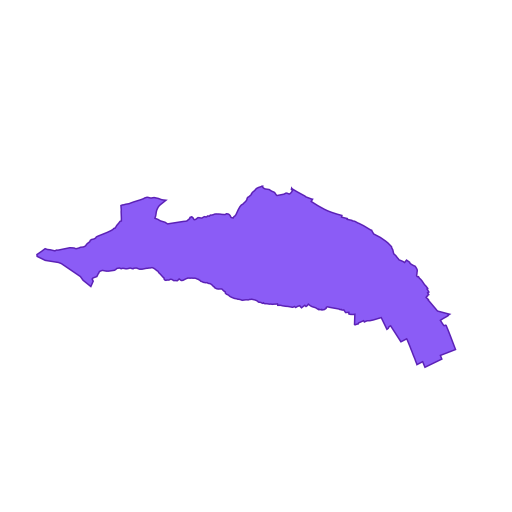 the district of Racu, Harghita, Romania, rotated 12°
{"feature_id": "2599482B90471627736473", "entity_name": "Racu", "entity_type": "district", "adm_level": 2, "iso_a3": "ROU", "parent_name": "Romania", "parent_adm1": "Harghita", "projection": "orthographic", "projection_center": [25.705, 46.459], "detail": "fine", "context": "isolated", "style": "filled", "palette": "violet", "viewbox_px": 512, "rotation_deg": 12, "n_neighbors": 0, "source": "geoboundaries", "source_scale": "gbopen_adm2", "svg_char_len": 6089}
<svg xmlns="http://www.w3.org/2000/svg" viewBox="0 0 512 512"><g transform="rotate(12 256 256)"><path d="M100.8,320.2L102.0,314.4L101.3,313.8L101.1,313.2L100.5,312.6L101.2,311.3L104.6,309.2L105.3,306.4L105.8,305.3L105.8,304.5L106.6,303.3L108.7,302.0L112.7,301.9L114.8,301.5L118.9,300.0L120.5,299.4L121.5,298.5L122.5,297.1L124.9,296.1L126.8,296.5L127.6,295.9L129.1,295.6L131.0,295.6L132.2,295.4L133.7,294.8L134.5,294.3L135.6,293.9L137.3,294.1L138.4,294.1L138.5,293.7L139.8,293.1L141.6,292.6L144.9,293.1L147.5,292.5L151.4,290.8L152.7,290.5L153.7,290.0L154.8,289.8L156.6,289.0L157.3,289.0L158.6,289.3L159.7,289.7L162.2,291.0L163.0,291.1L164.6,292.7L166.0,293.5L169.4,296.0L170.5,296.5L171.0,297.8L172.2,298.6L173.1,298.5L174.0,297.9L174.9,297.9L176.2,297.4L176.9,296.6L178.6,296.4L180.7,297.2L182.2,296.8L184.1,296.6L185.1,295.3L185.6,294.4L187.7,295.4L188.1,295.5L189.6,295.0L192.3,292.8L194.0,291.7L196.5,291.3L197.4,291.0L199.6,290.7L200.6,290.4L201.9,290.4L203.5,290.8L204.5,290.8L205.4,291.3L206.3,291.5L207.3,292.2L208.6,292.3L209.9,292.7L212.5,292.6L213.7,292.2L214.9,292.7L217.2,292.6L219.4,293.7L220.7,294.7L221.6,294.9L222.1,295.6L224.2,296.2L225.8,296.2L229.0,295.4L229.9,295.6L230.2,295.9L231.9,297.0L232.3,297.0L233.5,297.6L233.6,298.5L235.0,299.5L236.2,299.7L237.5,300.1L238.4,300.7L239.3,301.1L240.9,301.5L243.7,302.0L246.0,301.9L247.4,302.1L248.0,301.9L249.8,301.9L251.7,302.2L255.3,300.9L257.7,300.5L259.0,299.7L259.8,299.6L260.9,299.1L261.4,299.2L264.1,299.2L265.7,299.5L267.0,299.9L267.8,300.5L268.2,300.6L270.3,300.4L271.6,300.8L272.4,300.9L273.1,300.3L273.3,300.6L274.2,300.8L275.2,300.7L276.4,300.4L279.2,300.3L280.6,299.9L281.9,299.9L284.2,299.2L285.2,299.0L287.0,298.4L287.5,299.7L290.4,299.1L292.2,299.2L295.6,299.0L297.6,298.7L300.2,298.6L302.3,298.6L302.8,298.4L304.1,297.4L305.5,298.1L307.2,296.6L309.1,295.5L309.9,296.3L311.3,297.2L312.1,296.2L314.0,294.1L315.4,295.0L316.2,294.2L316.7,293.4L317.2,292.2L319.6,293.4L321.5,293.9L325.0,294.2L328.3,295.4L328.5,294.9L329.6,295.3L331.4,294.6L331.7,295.1L334.0,294.2L335.5,292.6L335.4,291.7L336.5,290.8L338.9,290.9L348.1,290.6L349.5,291.0L350.3,290.5L351.3,291.0L352.4,290.8L353.1,290.5L355.4,292.7L358.5,291.8L358.9,293.4L360.4,293.5L363.3,293.0L364.8,292.4L366.6,302.5L367.0,302.7L367.8,302.5L368.2,302.0L370.1,301.2L370.2,300.2L374.7,296.9L375.7,298.0L378.0,296.3L380.9,295.6L384.0,294.2L391.3,290.2L399.3,300.5L400.4,299.2L400.8,297.7L401.1,297.2L402.2,296.3L415.6,309.8L420.6,305.7L421.3,306.5L425.6,312.8L427.2,315.3L428.0,316.4L430.3,320.0L433.3,324.4L433.7,325.2L435.6,328.0L436.0,328.8L441.0,324.7L444.4,329.7L459.2,318.2L457.0,314.9L470.6,306.0L463.0,294.2L459.7,289.2L456.4,284.4L456.0,284.3L455.7,284.3L454.9,284.9L454.3,285.0L453.4,284.3L449.7,280.6L452.0,278.3L455.1,275.6L456.3,274.4L456.1,274.1L457.5,272.7L445.1,272.1L444.0,271.4L442.7,270.3L433.5,263.2L433.7,262.8L432.0,261.8L431.5,261.6L431.0,261.1L431.3,260.5L431.3,260.0L432.1,259.5L432.1,259.0L432.3,258.5L433.0,257.9L431.5,256.3L432.6,255.3L430.2,252.8L430.8,252.2L430.6,251.9L428.5,250.1L427.1,249.2L426.4,248.6L423.4,245.7L421.8,244.5L420.7,243.9L420.1,243.4L419.2,242.4L418.4,242.7L418.1,242.7L417.3,242.0L417.1,241.4L417.1,239.9L416.9,239.0L416.9,238.0L416.7,236.5L416.4,235.8L415.8,235.0L415.0,234.1L414.0,233.1L413.4,232.8L412.4,232.7L409.8,231.9L408.5,231.3L408.0,230.9L407.6,230.2L404.1,228.7L402.7,231.5L400.9,230.8L397.8,230.2L397.3,230.2L396.6,229.9L395.6,229.0L394.6,228.3L392.7,226.6L390.3,225.2L390.0,224.7L388.5,221.5L387.2,220.0L386.6,218.7L382.3,215.8L379.5,214.4L373.8,212.0L366.6,210.0L364.7,208.0L363.7,206.7L363.0,206.8L354.9,204.0L349.6,202.6L348.9,202.6L347.1,202.0L345.7,201.6L345.0,201.5L343.4,201.6L342.6,201.5L342.4,201.2L337.5,201.2L337.5,200.4L331.6,200.2L331.6,198.5L326.6,198.2L320.9,197.6L316.6,196.9L313.2,196.1L306.0,193.9L298.7,191.2L299.5,188.7L298.4,188.7L292.4,187.8L291.4,187.2L283.0,184.7L278.0,183.0L277.1,182.6L276.8,182.3L276.8,183.6L278.2,184.1L277.4,186.3L276.5,187.8L275.6,188.5L273.2,188.1L272.3,188.2L270.5,189.7L264.2,192.4L263.6,192.4L262.6,191.6L261.2,190.2L260.4,189.8L257.8,189.3L255.9,188.6L255.4,188.3L254.3,188.3L250.9,188.5L249.5,188.1L248.4,187.5L248.1,186.9L248.1,186.3L247.3,186.4L247.1,186.8L244.1,188.5L242.5,189.8L241.8,190.8L241.2,192.1L239.3,194.5L239.2,194.8L238.6,196.0L238.7,196.3L238.7,196.8L236.8,199.4L235.6,200.5L235.3,201.8L235.4,202.7L234.5,204.9L233.7,205.9L232.3,208.1L231.1,209.1L230.0,211.2L229.0,214.4L227.8,219.7L227.1,221.2L226.3,222.0L225.7,223.6L223.8,223.5L223.4,223.3L222.4,222.0L221.4,221.2L220.5,220.8L219.9,220.7L218.3,220.8L217.3,221.8L216.6,222.0L213.9,222.4L212.0,222.5L208.1,223.2L206.7,223.7L205.6,224.5L203.9,225.3L202.8,225.5L202.6,225.8L202.3,226.4L202.0,226.8L200.7,226.8L200.2,227.0L199.7,227.9L199.0,228.2L197.5,228.2L196.7,228.7L196.3,229.1L195.1,230.2L194.1,230.3L192.9,230.3L191.3,230.5L191.1,230.7L189.7,232.4L188.8,233.1L188.4,233.3L188.0,233.3L187.7,233.2L186.5,231.8L186.3,231.7L186.0,231.7L185.6,231.5L185.5,231.2L184.9,231.0L183.4,232.0L183.4,233.2L183.3,233.4L182.8,234.0L182.5,234.1L181.4,235.8L180.4,236.5L178.0,237.2L162.8,243.0L160.0,241.9L155.1,241.5L152.5,240.6L149.3,240.1L149.3,239.2L149.5,238.1L149.5,236.6L149.3,233.6L149.4,231.5L150.1,228.7L150.7,227.3L151.7,225.8L156.3,220.2L153.2,220.5L151.5,220.5L148.5,220.0L144.2,220.0L142.4,220.7L141.5,221.1L140.3,221.2L138.1,221.1L137.2,221.2L135.0,222.4L134.1,223.3L131.4,225.0L125.0,228.6L122.6,230.1L121.0,231.2L117.9,232.4L115.8,233.5L114.8,233.8L114.0,234.3L113.4,234.7L114.6,238.9L114.9,240.8L116.5,247.1L117.0,249.7L115.8,250.4L115.0,252.2L113.3,255.3L113.1,256.4L112.5,257.3L112.3,258.2L111.1,258.7L110.6,259.7L108.9,261.3L105.5,263.9L97.3,269.4L95.9,270.5L95.3,271.9L93.7,273.2L91.8,274.0L90.7,275.1L90.4,276.6L88.5,278.8L87.8,279.9L87.3,281.3L86.5,282.2L85.2,283.1L82.4,284.0L81.4,284.8L79.0,286.1L77.7,286.3L76.5,286.0L74.8,286.2L72.2,286.6L61.0,291.5L59.6,291.7L58.2,292.8L53.4,292.7L50.7,293.0L48.2,292.7L45.5,295.8L41.4,300.1L42.0,301.9L50.7,304.1L64.1,303.4L67.2,303.9L88.5,312.6L91.9,315.7L100.8,320.2Z" fill="#8b5cf6" stroke="#5b21b6" stroke-width="1.5"/></g></svg>